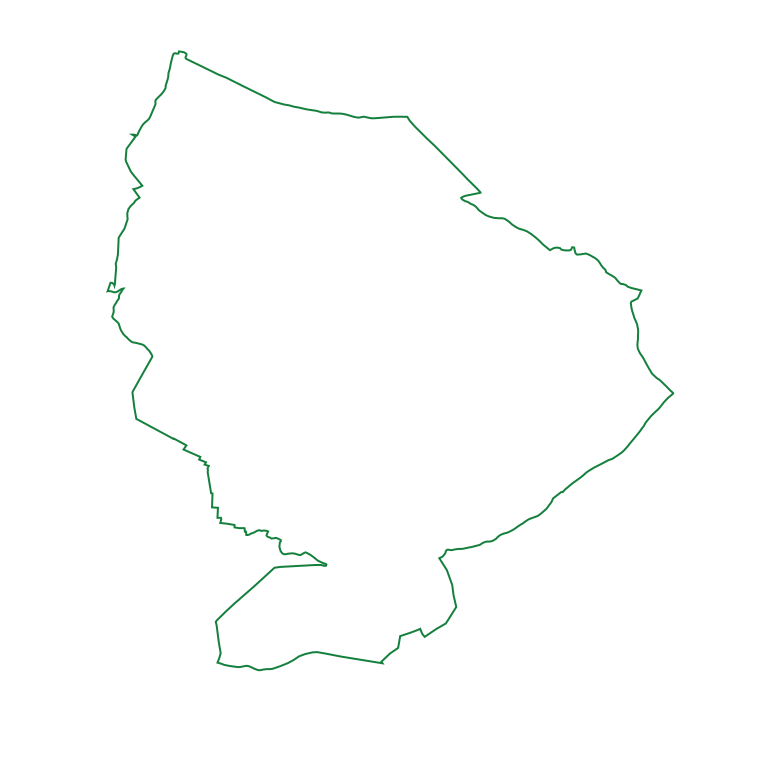 Comanesti, Suceava, Romania (Natural Earth projection), rotated 8°
{"feature_id": "2599482B69933741983623", "entity_name": "Comanesti", "entity_type": "district", "adm_level": 2, "iso_a3": "ROU", "parent_name": "Romania", "parent_adm1": "Suceava", "projection": "natural_earth1", "projection_center": [26.001, 47.659], "detail": "fine", "context": "isolated", "style": "outline", "palette": "green", "viewbox_px": 768, "rotation_deg": 8, "n_neighbors": 0, "source": "geoboundaries", "source_scale": "gbopen_adm2", "svg_char_len": 6142}
<svg xmlns="http://www.w3.org/2000/svg" viewBox="0 0 768 768"><g transform="rotate(8 384 384)"><path d="M257.9,683.1L261.7,683.6L264.9,684.4L270.3,684.7L277.0,684.7L279.2,684.6L280.6,684.4L286.0,682.5L287.2,682.2L289.2,682.2L291.6,682.8L294.9,683.9L298.8,684.8L300.4,684.8L301.6,684.5L304.1,683.6L307.4,682.7L310.7,682.2L312.6,681.8L314.6,680.9L320.3,678.0L327.6,673.8L332.8,670.0L337.8,665.5L343.3,662.5L350.5,659.7L355.3,658.8L364.2,659.1L379.3,659.9L421.4,660.8L420.1,659.3L427.4,650.1L434.7,643.4L434.9,638.1L435.1,631.4L444.8,626.6L451.8,622.8L453.9,621.4L456.3,625.5L457.2,626.7L459.5,628.7L469.7,619.5L478.6,612.5L486.6,594.8L482.3,583.6L479.6,573.7L472.2,559.6L463.0,548.8L465.7,547.1L466.5,546.1L468.3,543.0L468.5,541.1L468.9,540.1L469.2,539.7L469.8,539.3L470.9,539.1L472.7,539.2L474.0,539.1L475.0,538.9L476.7,538.1L478.7,537.5L480.7,537.0L483.3,536.6L485.1,536.2L490.2,534.3L493.3,533.3L501.2,530.0L503.9,527.7L505.3,526.8L506.5,526.2L507.6,525.8L510.7,525.3L512.1,524.8L513.4,524.2L515.3,522.7L516.3,521.9L517.8,519.8L518.7,519.0L519.2,518.2L520.3,517.3L521.4,516.6L523.5,515.4L526.5,514.2L527.9,513.4L529.3,512.4L531.5,510.9L533.3,509.4L537.2,505.7L538.7,504.5L539.4,503.8L540.7,502.9L543.4,500.2L546.2,497.8L550.0,495.7L554.6,493.3L557.1,490.9L562.3,484.9L566.3,477.5L567.4,473.7L574.6,466.3L576.0,466.2L577.8,463.5L582.6,458.1L585.4,455.2L590.7,450.2L593.6,447.2L596.6,443.6L598.4,441.9L603.6,437.6L611.5,432.1L613.5,430.6L614.1,430.2L617.2,428.0L619.0,427.1L620.1,426.7L621.5,425.5L626.9,420.7L628.6,419.1L629.6,418.0L630.7,416.7L633.6,412.4L635.6,409.0L643.0,397.0L644.2,394.8L645.7,391.9L647.0,389.7L648.6,385.6L652.8,378.7L657.0,373.3L658.8,371.2L660.3,369.0L663.8,363.0L667.0,358.4L671.2,353.8L671.7,353.1L671.4,352.6L668.5,350.6L662.2,345.8L659.2,343.6L655.9,341.3L654.4,340.8L652.7,339.8L648.2,336.6L647.3,335.7L646.4,334.4L644.4,332.0L641.8,328.6L637.7,323.0L636.6,321.6L633.2,317.9L631.6,315.5L630.4,313.6L629.5,310.2L629.3,307.7L629.2,302.9L628.9,302.0L628.4,296.5L627.6,293.3L627.1,292.1L626.5,290.1L625.0,287.3L622.8,283.9L621.4,280.8L619.5,276.9L619.2,276.0L618.6,274.7L617.5,270.7L617.2,269.9L617.2,268.7L617.8,267.8L623.2,264.1L624.2,261.4L625.1,257.9L625.9,255.6L624.7,255.4L615.7,254.5L612.0,253.8L609.7,252.3L608.5,252.1L606.7,251.8L604.5,251.9L603.3,251.2L601.3,249.6L598.2,246.7L595.1,245.2L591.5,243.8L588.4,242.4L587.5,240.3L584.8,238.3L582.7,236.3L580.8,234.0L578.8,231.9L575.6,230.0L569.3,227.5L565.8,226.7L560.9,228.2L557.1,229.0L555.5,228.0L554.4,225.5L553.3,222.4L551.3,222.4L550.6,224.9L549.3,225.8L546.5,226.3L543.2,226.5L540.9,226.2L539.5,225.0L537.3,224.8L534.9,225.1L532.6,226.2L529.7,228.4L522.0,223.7L521.6,223.4L518.1,220.7L514.4,218.2L509.2,215.2L504.3,212.9L499.9,211.9L496.4,211.5L492.5,210.1L488.6,208.2L484.6,205.5L480.5,203.6L478.5,203.4L475.2,203.8L470.0,204.2L464.7,203.5L461.1,202.5L454.1,198.9L450.5,195.8L447.8,194.3L444.8,193.5L442.0,192.2L439.0,191.6L436.7,190.8L435.3,189.9L434.5,189.0L436.0,187.6L438.5,186.3L452.9,181.2L452.9,180.8L448.7,177.4L437.9,169.4L432.4,165.0L400.7,140.8L392.6,135.1L379.2,125.1L373.1,120.0L369.9,116.2L361.0,117.3L355.5,118.2L341.7,121.3L335.8,122.5L333.5,122.6L326.7,122.1L322.1,123.7L320.5,123.8L317.5,123.7L308.8,122.4L305.1,122.2L301.8,122.4L297.1,123.1L294.3,123.3L292.1,122.8L290.8,122.9L288.0,123.5L286.3,123.6L284.3,123.7L282.4,123.4L279.4,122.9L269.3,122.8L261.1,122.1L255.7,121.9L251.6,121.3L246.0,121.1L239.1,120.3L236.7,120.0L234.8,119.4L227.2,116.6L202.2,108.4L185.0,102.6L177.2,100.7L143.0,89.6L142.2,88.9L142.0,87.9L142.6,86.2L142.5,84.8L141.7,84.1L140.0,83.4L136.9,83.2L134.7,83.2L134.4,85.4L133.1,85.7L131.3,85.5L129.7,86.2L129.1,88.4L128.3,95.4L128.0,101.9L127.3,105.8L127.6,110.4L127.0,114.9L126.3,118.7L126.5,121.4L125.0,125.1L123.2,128.0L119.2,133.3L118.4,134.6L118.2,136.1L118.7,137.7L118.7,139.1L115.5,151.0L114.5,154.0L113.1,155.9L110.7,158.5L109.3,160.4L108.0,163.1L106.3,167.7L105.0,172.1L104.3,172.3L103.1,172.0L101.2,171.9L100.0,172.1L103.5,173.6L96.3,187.0L96.9,197.7L97.7,199.7L103.6,208.7L105.3,210.5L117.1,221.3L115.1,222.8L111.9,224.7L108.7,225.9L116.0,233.5L112.9,236.4L111.9,237.8L111.3,239.3L108.3,243.1L106.6,246.3L106.0,250.3L106.5,253.6L107.2,256.5L105.4,266.2L100.9,276.0L102.4,291.7L102.5,293.3L102.2,298.3L101.6,302.3L102.6,305.8L103.2,316.6L103.6,321.7L103.4,324.1L102.9,323.1L100.9,321.7L99.1,321.8L97.4,330.6L98.1,330.3L99.5,330.2L101.5,330.3L103.6,330.7L104.5,330.7L105.7,330.4L107.4,329.4L109.6,327.5L111.0,326.4L112.3,325.8L112.8,325.7L112.6,326.1L111.9,326.9L111.1,329.3L110.0,331.2L109.5,332.5L109.3,333.7L109.6,335.6L109.5,336.5L108.0,339.2L107.7,340.3L106.1,343.8L105.6,345.3L105.6,346.7L106.0,348.1L106.3,350.4L105.5,354.8L105.5,355.3L106.9,356.9L111.1,359.6L112.8,361.0L115.1,365.8L116.1,367.5L118.9,370.8L121.1,372.6L122.6,373.4L123.4,374.2L126.0,376.1L128.6,377.5L129.4,377.7L132.6,377.8L138.9,378.5L140.8,379.1L142.2,380.0L144.8,382.2L146.9,383.8L149.6,386.9L150.7,388.7L150.7,389.5L143.7,407.2L136.1,426.8L136.2,427.9L140.1,442.3L143.6,453.0L183.3,467.7L183.5,467.3L196.7,472.2L196.9,472.3L194.6,476.8L212.3,481.8L211.5,484.6L218.6,486.3L217.6,488.8L221.9,489.5L221.0,492.3L221.7,493.8L221.6,495.0L221.7,496.0L228.0,516.2L229.4,516.3L230.9,530.1L236.8,529.7L237.7,539.7L241.2,539.2L241.7,540.3L241.2,544.4L247.5,544.2L255.6,544.4L255.9,546.8L260.8,546.9L265.5,546.2L266.1,546.3L266.7,549.5L267.9,549.4L268.7,552.7L270.0,552.5L271.7,551.8L272.8,550.8L276.4,548.9L278.4,547.2L280.9,546.1L283.1,546.6L284.2,546.1L287.0,545.7L289.4,545.9L289.8,546.3L288.9,548.9L288.8,550.4L289.7,551.3L292.1,551.9L294.2,552.7L296.4,552.1L298.0,551.5L299.1,551.5L302.1,552.4L303.6,553.0L303.7,554.1L302.9,555.5L303.1,559.9L304.8,563.7L306.4,565.5L307.3,566.0L308.7,566.5L309.7,566.4L313.4,565.2L316.9,564.4L319.2,564.4L323.5,565.1L325.0,565.1L328.3,562.5L329.6,561.7L330.9,561.9L335.7,563.8L338.7,565.5L343.2,568.2L348.8,569.9L351.4,570.3L352.1,570.8L351.9,572.0L350.0,572.4L347.0,572.0L341.1,572.8L307.1,579.5L301.1,581.2L284.2,601.7L266.8,621.8L259.2,631.1L251.6,641.0L250.8,642.3L250.5,643.0L251.8,646.1L256.3,662.6L259.7,673.2L259.1,678.1L257.9,683.1Z" fill="none" stroke="#15803d" stroke-width="2"/></g></svg>